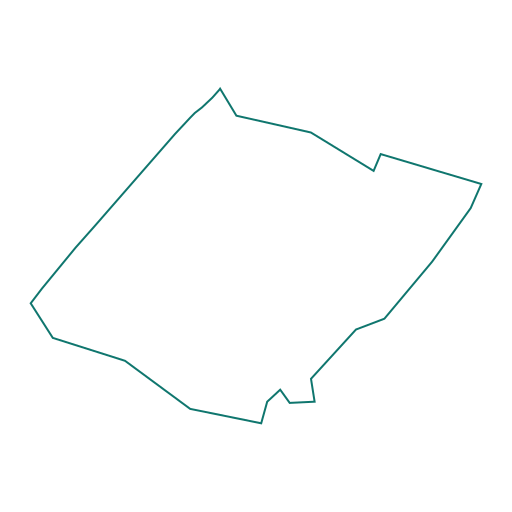 outline of Fashoda, Upper Nile, South Sudan
{"feature_id": "79223893B4456195620437", "entity_name": "Fashoda", "entity_type": "district", "adm_level": 2, "iso_a3": "SSD", "parent_name": "South Sudan", "parent_adm1": "Upper Nile", "projection": "albers", "projection_center": [31.842, 9.988], "detail": "fine", "context": "isolated", "style": "outline", "palette": "teal", "viewbox_px": 512, "rotation_deg": 0, "n_neighbors": 0, "source": "geoboundaries", "source_scale": "gbopen_adm2", "svg_char_len": 479}
<svg xmlns="http://www.w3.org/2000/svg" viewBox="0 0 512 512"><path d="M261.2,423.3L267.2,401.7L280.2,389.7L289.7,402.9L314.6,401.7L311.0,378.8L356.0,329.5L384.4,318.7L432.1,261.7L470.7,208.1L481.3,184.0L380.7,154.1L373.6,170.9L310.9,132.5L236.4,115.7L220.1,88.7L219.4,89.7L212.3,97.7L201.9,107.5L194.9,112.9L190.1,117.8L174.9,134.1L95.1,225.6L75.6,247.6L42.0,288.5L30.7,303.3L52.8,337.9L125.0,360.8L190.2,408.9L261.2,423.3Z" fill="none" stroke="#0f766e" stroke-width="2"/></svg>